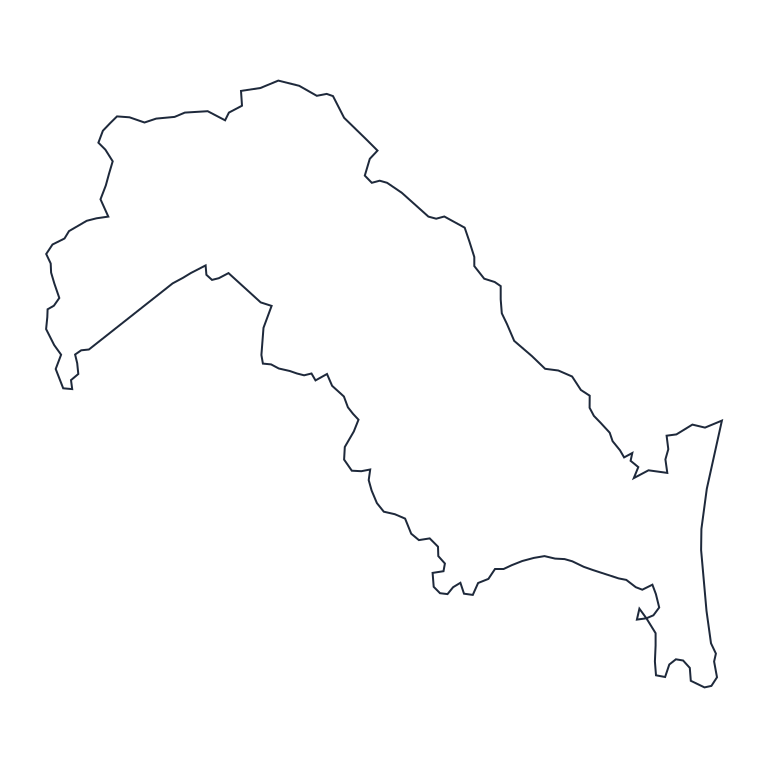 Turuçu, Rio Grande do Sul, Brazil (Natural Earth projection)
{"feature_id": "56859067B67452973684728", "entity_name": "Turuçu", "entity_type": "district", "adm_level": 2, "iso_a3": "BRA", "parent_name": "Brazil", "parent_adm1": "Rio Grande do Sul", "projection": "natural_earth1", "projection_center": [-52.15, -31.488], "detail": "fine", "context": "isolated", "style": "outline", "palette": "slate", "viewbox_px": 768, "rotation_deg": 0, "n_neighbors": 0, "source": "geoboundaries", "source_scale": "gbopen_adm2", "svg_char_len": 2495}
<svg xmlns="http://www.w3.org/2000/svg" viewBox="0 0 768 768"><path d="M646.4,618.3L655.6,633.2L655.6,645.5L654.9,661.5L656.0,675.3L665.1,677.0L669.3,664.5L675.9,659.3L683.1,660.5L689.8,667.9L690.8,680.8L704.5,687.4L711.4,685.9L717.0,677.3L714.1,661.5L715.9,653.6L711.0,643.3L706.5,610.9L701.1,550.0L701.4,529.0L706.8,488.8L721.9,420.6L705.0,427.6L692.4,424.6L676.4,434.4L666.6,435.7L668.3,449.2L665.4,459.4L667.3,472.9L648.5,470.3L633.8,478.1L638.3,467.1L630.6,460.8L632.3,453.0L624.1,457.4L620.0,450.3L612.6,441.2L609.7,432.7L600.6,422.8L593.9,415.9L589.6,407.8L589.7,395.7L580.9,390.0L572.1,376.5L558.3,370.5L545.1,368.8L531.8,356.0L514.2,340.9L507.0,324.1L501.8,313.3L500.7,299.4L500.7,286.1L494.7,282.0L484.2,278.7L474.3,266.1L474.3,257.0L469.4,241.5L464.7,227.7L444.3,216.5L436.2,218.7L428.4,216.6L401.8,192.8L387.1,182.8L379.7,180.7L371.8,182.8L364.8,175.6L369.8,158.8L377.5,150.6L367.0,140.1L344.1,117.8L333.0,96.1L326.7,93.9L316.8,95.8L299.2,85.8L278.3,80.6L260.4,88.0L241.0,90.9L242.0,105.7L228.9,112.6L225.1,120.3L207.7,111.2L184.8,112.6L174.6,116.9L156.2,118.6L144.5,122.5L129.5,117.3L117.0,116.4L110.0,123.3L102.9,130.7L98.4,142.7L105.4,149.7L112.7,161.3L109.0,173.8L105.8,185.5L100.5,199.3L108.3,216.6L96.5,218.3L86.7,220.8L69.0,231.1L64.5,238.5L52.5,244.5L46.2,254.0L50.7,263.5L51.1,272.6L54.3,283.4L59.3,298.0L53.9,305.7L47.6,309.3L47.3,317.2L46.1,329.1L54.2,345.1L61.1,354.7L55.7,369.0L63.2,388.3L72.2,389.1L71.0,380.1L78.3,374.0L77.2,363.2L75.1,354.5L81.2,350.3L88.9,349.5L172.6,283.4L183.0,277.8L190.9,273.0L205.6,265.4L206.4,274.8L212.0,279.9L218.8,278.2L228.5,273.1L260.7,302.4L271.6,305.9L263.5,327.8L261.4,355.0L262.9,363.6L271.1,364.4L278.8,368.5L289.8,371.0L297.0,373.5L304.1,375.3L311.5,373.5L315.5,380.4L327.0,374.0L332.1,385.8L343.9,396.5L347.9,407.3L352.9,413.7L358.5,419.7L353.8,431.5L344.8,447.0L344.1,459.6L351.8,470.7L361.3,471.2L370.2,469.5L368.7,480.1L371.6,490.5L376.9,503.1L383.8,511.7L394.8,514.2L405.1,518.6L411.2,533.7L418.9,540.1L429.7,538.4L438.0,546.7L438.3,556.1L444.9,563.5L443.5,571.2L432.6,572.9L433.7,586.8L440.0,593.2L447.5,594.1L453.1,587.2L460.4,582.8L464.0,593.7L472.8,594.9L478.1,583.0L488.4,578.9L495.0,569.0L503.6,569.0L511.7,565.2L522.3,561.0L533.9,557.9L544.5,556.1L555.1,558.6L564.6,559.1L572.3,561.3L583.7,566.8L592.8,570.0L618.6,578.4L626.3,579.9L635.8,587.2L642.3,589.7L652.4,584.7L655.9,594.1L659.2,607.5L653.4,615.3L646.4,618.3ZM646.4,618.3L639.4,608.7L636.9,619.6L646.4,618.3Z" fill="none" stroke="#1e293b" stroke-width="2"/></svg>